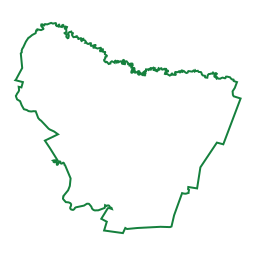 outline of Sicula, Arad, Romania
{"feature_id": "2599482B64566475675092", "entity_name": "Sicula", "entity_type": "district", "adm_level": 2, "iso_a3": "ROU", "parent_name": "Romania", "parent_adm1": "Arad", "projection": "natural_earth1", "projection_center": [21.749, 46.472], "detail": "fine", "context": "isolated", "style": "outline", "palette": "green", "viewbox_px": 256, "rotation_deg": 0, "n_neighbors": 0, "source": "geoboundaries", "source_scale": "gbopen_adm2", "svg_char_len": 5512}
<svg xmlns="http://www.w3.org/2000/svg" viewBox="0 0 256 256"><path d="M170.0,227.1L171.5,226.5L174.1,215.3L182.1,193.1L183.9,193.6L185.8,193.7L188.6,192.9L188.6,191.9L189.0,189.9L188.1,189.2L188.3,187.0L197.1,188.4L200.4,167.3L216.9,142.6L223.3,144.3L240.6,98.5L233.7,96.3L232.9,94.9L232.6,91.3L234.8,87.9L237.0,82.1L233.9,81.1L233.5,80.7L233.7,80.1L233.5,79.6L232.0,79.4L231.0,78.6L230.0,77.3L227.0,76.6L226.0,76.7L225.5,78.0L225.0,78.3L222.6,77.6L221.4,78.0L220.3,78.7L218.7,78.7L217.6,78.0L216.7,78.7L216.3,78.2L216.6,76.9L216.1,76.7L215.0,77.0L214.6,76.7L215.7,75.5L215.7,75.1L214.8,75.4L214.4,75.3L214.4,75.0L215.1,74.5L216.5,74.3L216.8,73.8L215.9,73.1L213.9,73.7L213.0,72.6L212.2,73.7L211.2,73.5L210.2,73.9L208.7,74.1L207.7,75.3L207.3,77.7L205.4,77.5L205.1,77.2L204.9,75.8L203.0,75.5L201.9,74.5L201.6,73.2L200.9,72.1L198.6,71.9L197.8,70.8L195.8,71.2L195.1,70.3L194.4,71.5L193.4,70.6L192.2,71.6L188.4,71.1L187.6,72.6L186.6,73.0L185.6,72.6L183.9,71.1L182.5,71.9L182.2,71.6L182.4,70.6L181.8,70.4L181.0,70.9L180.6,72.2L180.2,72.4L179.6,72.3L179.4,71.3L179.2,71.2L177.6,72.2L175.4,72.0L175.1,72.4L175.0,73.6L175.8,74.2L175.5,74.9L172.8,74.7L172.4,73.6L172.0,73.5L171.4,74.0L171.3,74.9L170.3,75.2L169.8,75.6L167.1,74.0L165.5,74.1L164.9,73.9L165.2,72.8L168.0,71.4L168.0,70.8L167.6,70.5L165.5,70.5L165.5,69.9L166.3,69.5L166.1,68.9L164.4,68.8L162.8,69.6L162.2,69.6L161.9,69.4L161.4,68.3L160.5,68.5L159.8,69.0L158.6,68.2L158.3,68.8L158.9,69.8L157.1,70.2L157.0,70.5L157.4,70.9L157.0,71.3L155.3,70.5L155.5,70.0L153.6,70.0L153.5,69.3L154.8,68.2L153.5,67.6L152.7,68.2L150.9,68.1L151.1,69.2L150.8,69.7L150.4,69.6L149.9,69.0L149.3,68.9L148.9,69.1L148.8,69.9L148.5,70.1L147.5,69.4L146.0,69.4L146.0,71.2L145.5,71.4L144.9,71.1L144.5,71.5L145.3,72.1L145.5,73.0L145.0,73.1L143.6,72.1L143.3,72.4L143.7,73.2L145.1,74.4L145.2,75.0L144.9,75.4L143.2,74.6L142.9,73.3L142.4,73.5L142.4,74.9L141.2,74.3L140.8,73.2L140.5,73.0L139.7,73.4L139.3,74.6L138.6,74.6L138.0,73.9L139.4,71.6L139.3,71.3L138.4,71.1L136.6,72.4L135.7,72.0L135.4,72.6L135.1,72.7L134.7,72.5L134.4,71.8L134.8,70.9L134.7,70.5L133.9,70.0L133.5,70.0L133.1,70.4L132.8,72.2L132.4,72.6L131.5,72.7L131.3,72.4L131.4,71.5L132.4,68.8L133.2,68.7L133.9,69.2L134.5,68.8L134.3,68.1L134.0,67.9L131.3,67.5L131.3,67.0L132.0,66.4L131.9,65.7L132.7,65.2L132.6,64.6L130.2,65.7L129.5,65.6L129.5,65.1L129.8,64.8L132.2,64.2L132.3,63.7L132.0,63.5L130.1,63.7L128.7,64.3L128.1,64.2L128.0,63.0L126.6,61.3L125.9,61.4L125.0,61.9L124.6,61.8L124.2,61.2L124.2,60.5L123.7,60.0L122.8,60.4L122.5,61.6L122.8,62.1L125.0,63.2L125.2,63.6L124.9,64.2L122.3,63.8L122.0,63.5L121.6,61.9L120.8,61.3L119.7,61.5L118.8,62.1L118.3,61.1L117.9,61.0L117.4,62.4L116.9,62.6L116.0,60.9L115.4,60.7L115.0,61.0L114.7,62.8L112.3,61.4L111.6,61.4L110.3,62.6L110.4,63.5L108.7,64.0L107.0,62.0L106.3,61.8L106.1,62.2L105.6,62.2L105.2,61.9L105.1,61.5L104.2,60.8L104.1,59.9L105.2,58.5L105.2,57.2L106.6,56.5L106.8,55.6L104.9,54.2L104.8,53.4L105.2,52.3L105.1,52.0L103.1,51.8L102.3,51.4L103.0,49.9L102.8,49.3L101.9,49.6L101.0,51.2L100.2,51.2L100.0,50.5L101.0,48.9L101.1,48.4L100.7,47.8L97.5,48.5L95.1,47.6L93.5,47.7L93.4,47.4L93.8,46.7L95.5,45.6L95.4,45.0L94.9,45.0L91.9,45.9L91.0,45.8L90.6,45.0L91.0,43.9L90.8,43.2L90.0,43.2L88.3,44.0L87.3,43.7L86.7,42.9L85.3,42.8L85.9,41.8L85.7,41.4L84.8,40.4L83.5,40.0L83.3,38.8L82.4,39.0L82.1,39.5L82.1,40.6L81.7,41.0L81.3,40.7L81.1,40.2L81.1,38.3L80.5,38.2L78.6,39.0L78.3,38.9L78.1,37.6L77.1,37.2L76.8,36.2L76.2,36.3L75.8,37.0L74.9,36.9L73.7,37.2L73.0,36.7L72.0,34.9L72.2,34.2L72.8,33.7L72.9,33.2L71.6,32.7L71.3,31.6L69.5,32.1L68.4,32.9L68.2,33.4L68.8,35.5L68.7,36.6L68.3,38.0L67.6,38.2L66.4,36.9L66.3,36.4L66.6,35.1L66.4,34.2L65.0,33.6L64.6,33.1L66.4,31.9L66.2,29.2L65.0,28.8L64.9,28.5L66.8,27.7L67.0,27.0L65.4,26.5L64.6,26.7L63.4,26.5L63.3,26.2L63.3,25.1L63.0,24.9L62.1,25.4L62.1,26.3L61.9,27.0L59.8,26.5L58.8,26.6L58.7,26.1L59.3,25.3L59.2,24.7L58.6,24.8L57.8,26.2L56.8,26.1L56.0,25.3L56.1,23.9L55.7,23.1L52.9,23.6L51.1,22.9L47.2,24.4L45.0,24.1L44.6,24.3L44.3,25.4L43.9,25.6L43.4,25.4L42.5,24.4L41.4,24.4L41.1,25.2L41.4,26.3L43.0,27.9L43.4,28.7L43.3,29.1L41.0,30.1L37.3,29.3L37.0,29.8L37.1,30.4L36.2,30.5L35.6,33.2L32.2,35.0L29.2,37.5L28.5,37.7L25.9,41.6L23.2,47.4L22.3,48.7L21.6,50.9L21.8,52.0L21.7,52.4L20.8,53.4L22.2,68.0L16.0,79.5L15.4,80.2L22.9,82.1L21.4,87.4L18.7,86.8L19.1,90.2L18.5,91.7L16.9,93.9L16.7,94.6L15.9,95.8L16.0,96.5L17.1,99.4L20.1,101.2L21.7,105.3L23.9,109.2L26.8,110.0L28.5,111.1L31.2,111.5L33.4,111.2L35.7,111.3L38.2,118.0L39.7,119.7L41.1,120.7L48.6,128.7L49.8,129.5L54.1,131.5L58.0,134.3L44.9,140.6L49.9,148.1L57.6,160.4L54.1,160.3L53.1,160.6L53.5,160.9L53.6,161.9L54.0,162.2L54.8,162.3L55.5,161.9L56.8,162.1L56.8,164.3L56.9,164.7L57.3,164.8L57.8,164.5L59.1,161.7L59.8,161.4L60.3,161.7L60.6,163.2L61.2,163.6L61.8,163.6L63.2,162.7L63.8,163.0L64.4,164.1L64.5,164.9L65.1,165.3L70.6,178.4L69.8,186.0L68.1,190.3L63.3,196.2L63.5,196.5L63.0,198.0L63.0,198.7L63.4,199.4L65.8,202.1L68.7,202.4L70.4,203.2L71.1,204.2L71.1,204.9L71.0,205.8L70.3,207.2L70.2,208.2L70.4,208.7L71.0,209.4L71.9,209.7L73.0,209.9L73.6,209.6L74.3,209.1L75.1,207.8L76.0,207.3L84.0,205.6L86.8,203.8L87.6,203.7L88.8,203.8L89.2,204.1L91.3,206.6L92.0,208.5L92.6,209.2L93.6,210.0L94.8,210.4L98.3,210.3L104.5,208.0L104.8,207.6L105.1,205.2L106.6,206.0L107.0,205.6L108.2,205.4L109.1,205.7L110.0,207.2L111.5,207.9L111.9,209.0L109.3,208.1L108.1,208.1L107.7,208.4L101.3,218.8L106.8,221.7L104.1,230.5L122.9,233.1L125.3,228.0L127.0,229.0L137.3,228.0L160.5,226.8L170.0,227.1Z" fill="none" stroke="#15803d" stroke-width="2"/></svg>